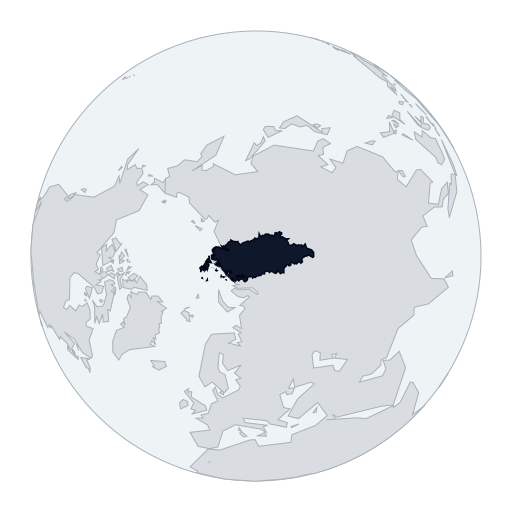 Krasnoyarsk highlighted on a globe, orthographic projection, rotated 258°
{"feature_id": "RUS-2603", "entity_name": "Krasnoyarsk", "entity_type": "Territory", "adm_level": 1, "iso_a3": "RUS", "parent_name": "Russia", "parent_adm1": "", "projection": "orthographic", "projection_center": [95.961, 66.535], "detail": "fine", "context": "on_globe", "style": "filled", "palette": "ink", "viewbox_px": 512, "rotation_deg": 258, "n_neighbors": 0, "source": "natural_earth", "source_scale": "10m", "svg_char_len": 17760}
<svg xmlns="http://www.w3.org/2000/svg" viewBox="0 0 512 512"><g transform="rotate(258 256 256)"><circle cx="256" cy="256" r="225" fill="#eef3f6" stroke="#a8b0b8"/><path d="M333.7,44.5L333.8,44.6L353.9,57.8L344.8,49.1L352.5,53.0L358.8,57.5L355.3,56.1L359.6,62.2L366.5,68.5L367.2,77.9L353.8,84.6L351.6,80.3L348.6,82.6L351.3,88.4L353.8,91.6L347.2,109.7L353.7,132.1L362.8,138.7L355.3,137.9L377.3,150.5L385.4,163.7L371.9,149.2L367.2,148.0L370.5,156.9L366.4,157.7L365.6,162.5L360.4,162.8L352.9,154.6L349.4,154.6L352.0,161.0L348.3,165.5L345.1,156.1L338.4,163.0L324.7,151.2L320.3,127.0L308.4,121.9L292.4,101.1L289.5,103.8L281.6,98.0L275.4,99.1L274.2,95.2L270.2,99.6L272.5,102.9L271.5,106.0L268.1,107.1L265.9,102.2L267.4,100.9L264.9,100.1L265.4,97.2L263.2,99.2L261.0,93.4L258.0,100.7L252.0,97.4L251.9,93.1L258.7,91.5L275.4,78.7L277.5,74.4L273.6,69.6L252.0,64.4L251.5,60.6L245.8,57.0L243.0,59.7L246.4,63.6L239.8,68.2L244.8,72.7L242.8,75.4L245.2,81.1L237.5,82.4L228.8,80.7L226.4,76.1L222.5,75.3L218.9,81.6L208.7,75.3L192.2,75.3L190.3,73.6L197.4,66.3L212.3,61.1L221.5,52.8L208.1,60.5L203.8,56.5L200.0,57.0L195.9,58.7L194.7,61.2L191.7,60.5L203.7,52.3L206.6,52.8L202.8,55.3L209.8,52.9L217.9,47.9L215.1,46.6L230.3,41.2L228.4,40.3L230.7,38.8L232.6,40.6L229.5,37.5L246.9,33.1L243.0,31.2L254.9,32.2L264.0,32.5L274.9,33.1L274.4,32.6L289.3,34.7L302.1,36.2L305.5,36.2L333.7,44.5ZM458.3,165.4L456.8,164.4L456.5,161.9L458.3,165.4ZM456.6,166.1L457.0,165.9L456.9,166.5L456.6,166.1ZM457.1,167.9L456.8,166.6L457.3,168.3L457.1,167.9ZM457.8,170.6L457.3,169.1L457.5,169.3L457.8,170.6ZM458.3,174.3L458.4,175.2L457.8,173.6L458.3,174.3ZM234.2,32.1L238.3,31.8L234.3,32.2L234.2,32.1ZM355.5,93.0L351.8,88.4L350.9,83.1L354.5,86.8L355.5,93.0ZM356.6,103.9L353.7,101.8L357.3,98.9L357.8,101.0L356.6,103.9ZM370.3,143.5L368.0,139.0L371.7,143.2L370.3,143.5ZM366.5,163.2L368.4,164.3L367.2,166.4L366.5,163.2ZM249.2,80.0L247.2,80.5L247.8,79.2L249.2,80.0ZM252.1,82.1L254.2,80.2L255.9,80.9L254.6,82.1L252.1,82.1ZM358.0,168.7L355.4,171.8L356.8,167.2L358.0,168.7ZM249.2,84.3L258.6,82.4L261.6,83.8L259.0,89.4L249.2,84.3ZM353.1,172.8L346.9,180.8L350.8,183.8L336.4,180.0L346.4,174.3L347.5,168.0L349.6,172.2L353.1,172.8ZM274.7,103.6L272.2,100.0L277.5,102.1L274.7,103.6ZM278.4,104.2L296.3,106.6L298.4,112.5L292.0,110.4L297.2,117.6L289.5,119.3L284.8,115.8L285.0,111.5L281.9,115.4L278.4,104.2ZM329.5,176.7L326.9,177.5L328.2,175.1L329.5,176.7ZM271.6,107.4L275.0,107.3L277.0,112.4L270.5,113.6L272.0,111.6L271.6,107.4ZM302.4,118.7L302.8,122.9L296.6,125.4L295.9,127.3L289.5,119.9L302.4,118.7ZM269.7,110.9L267.2,114.2L263.1,112.7L268.3,107.9L269.7,110.9ZM280.3,113.3L281.0,115.8L278.5,114.8L280.3,113.3ZM247.0,109.8L251.0,109.4L252.5,112.0L247.0,109.8ZM266.5,115.5L267.9,116.0L269.0,117.0L266.5,118.8L266.5,115.5ZM285.5,122.2L282.9,122.5L287.9,125.4L283.4,127.5L279.9,122.2L279.6,125.4L278.2,126.1L276.9,121.0L285.5,122.2ZM267.0,123.7L261.0,118.0L253.2,118.1L251.7,115.8L264.6,115.9L267.0,123.7ZM272.9,122.6L268.9,122.7L269.1,119.6L272.0,117.6L272.9,122.6ZM281.7,130.9L289.4,129.0L289.9,130.3L281.7,130.9ZM264.7,124.4L266.2,125.8L264.1,124.8L264.7,124.4ZM276.4,129.6L279.1,128.7L279.6,130.1L276.4,129.6ZM267.0,129.4L265.0,127.5L266.9,126.0L267.0,129.4ZM271.3,130.0L271.3,132.2L268.7,126.6L272.4,129.3L271.3,130.0ZM276.4,131.1L277.6,131.6L275.3,131.2L276.4,131.1ZM261.0,136.3L257.3,129.6L261.4,126.3L264.4,133.2L261.0,136.3ZM44.1,179.4L56.3,153.2L57.6,154.2L63.5,147.8L77.1,169.0L73.7,180.4L77.3,211.7L76.6,216.9L69.3,219.2L66.5,251.3L73.7,254.0L77.9,279.1L85.1,292.5L99.8,285.9L88.1,263.7L92.8,254.1L107.6,267.0L118.9,286.6L121.1,283.5L119.6,266.6L128.0,266.8L119.8,260.4L118.8,266.2L113.7,262.5L114.2,257.0L117.2,257.2L115.4,250.4L101.9,251.6L99.4,257.6L91.3,243.3L86.5,252.0L82.2,250.1L88.8,234.7L92.6,232.5L100.0,209.8L95.3,210.7L87.9,232.4L87.6,227.6L81.2,229.5L85.9,224.3L95.2,200.8L91.6,187.2L77.1,179.0L77.2,170.5L81.8,159.8L97.2,154.8L95.3,174.7L100.8,173.6L109.8,163.6L108.5,170.7L111.9,169.2L112.0,176.5L120.7,181.6L122.2,188.5L133.8,185.7L136.1,189.0L128.6,189.6L124.1,194.0L128.7,211.5L132.0,213.5L139.1,210.4L139.5,215.8L145.9,210.6L152.5,218.9L149.8,204.5L158.1,201.0L166.6,203.6L168.9,199.9L155.1,195.7L150.0,196.5L146.4,201.1L132.2,201.4L128.9,196.5L141.9,186.8L138.6,178.9L150.2,175.2L180.3,188.1L188.7,196.3L185.3,218.7L178.7,219.1L176.5,211.1L170.9,222.5L175.0,219.6L175.3,224.3L183.4,222.4L184.0,225.6L190.7,218.5L192.3,222.2L188.0,226.7L201.4,227.5L207.0,234.5L209.7,233.2L211.0,229.8L217.3,241.2L219.0,239.7L217.6,235.4L220.2,229.8L227.2,224.4L228.9,228.6L226.7,231.1L224.6,243.0L218.2,249.3L219.7,250.5L225.6,246.0L228.2,231.5L231.8,227.1L231.6,234.0L232.0,231.1L234.4,230.3L238.4,233.5L239.1,226.0L263.0,211.9L273.2,217.0L270.3,224.5L288.8,220.1L298.9,226.8L297.6,222.7L305.6,218.2L302.6,216.0L302.6,213.7L321.8,202.0L327.7,202.7L334.5,193.6L333.9,191.6L329.9,190.5L336.4,180.0L350.8,183.8L351.5,188.1L360.0,187.8L360.5,197.9L364.9,206.3L360.5,218.0L364.4,223.9L367.3,223.1L374.6,230.7L379.8,249.6L362.9,237.7L352.6,211.3L355.7,222.2L351.2,220.8L350.0,225.5L352.5,233.3L355.1,233.4L339.7,252.6L338.2,275.3L347.5,270.3L354.3,273.9L360.7,296.8L346.7,334.0L355.6,340.3L356.8,346.1L350.4,352.2L348.5,344.0L341.3,343.2L341.2,337.8L330.4,345.3L329.7,337.9L321.6,347.7L325.7,352.5L335.5,348.4L328.7,360.4L339.9,367.0L342.2,377.6L326.8,400.4L309.7,409.3L308.8,412.4L301.5,410.2L292.5,417.3L306.7,430.7L306.5,434.9L291.6,444.3L291.2,441.5L271.8,435.7L268.7,445.2L283.3,451.5L288.4,458.4L277.3,457.2L272.1,450.7L265.3,448.4L266.8,440.5L260.5,427.5L249.3,429.7L249.9,424.2L239.5,411.2L223.3,413.0L197.6,422.8L194.5,435.2L185.5,437.7L173.4,414.9L172.9,400.1L165.4,398.3L155.5,379.8L129.5,362.6L128.6,357.0L123.1,355.1L116.6,344.5L116.2,335.4L111.0,331.0L112.6,354.9L118.5,359.6L127.4,358.7L126.4,365.4L133.0,376.3L115.7,379.1L81.7,359.2L83.0,348.3L81.6,301.3L84.3,299.3L84.4,298.9L84.7,298.1L79.7,300.2L81.1,291.2L76.8,320.8L74.0,329.8L81.1,359.2L79.3,358.8L83.0,366.7L100.6,380.6L99.7,383.3L88.5,386.7L68.2,376.2L73.6,387.8L75.2,390.4L65.9,376.9L57.6,362.7L50.4,348.0L44.2,332.7L39.2,317.1L35.3,301.1L32.6,284.9L31.1,268.6L31.0,268.0L31.5,265.0L31.7,257.7L31.3,249.1L32.2,240.3L32.4,234.5L35.9,208.2L44.1,179.4ZM65.1,167.0L62.9,168.1L65.1,167.0ZM125.9,313.5L135.8,324.0L139.7,311.5L143.9,314.6L143.7,309.3L140.0,310.5L140.7,296.8L148.0,298.8L151.1,294.0L147.9,290.3L134.4,289.0L133.2,308.4L127.4,309.4L125.9,313.5ZM235.9,31.7L232.8,32.0L233.5,31.9L235.9,31.7ZM231.3,32.4L232.5,32.3L234.2,32.3L231.3,32.4ZM203.1,57.0L202.1,57.7L197.8,59.0L199.5,57.6L203.1,57.0ZM180.8,70.6L176.4,69.1L180.7,69.0L182.2,66.6L193.1,63.5L190.0,72.6L189.5,68.9L180.8,70.6ZM206.7,62.3L200.2,63.0L207.5,61.9L206.7,62.3ZM130.8,154.8L128.0,158.8L123.9,158.5L122.1,150.4L128.1,150.7L130.8,154.8ZM125.1,164.6L138.5,157.7L140.2,162.6L137.0,161.0L136.7,165.0L131.5,163.4L120.0,175.3L115.5,175.8L114.7,160.2L117.4,164.9L119.9,160.5L125.1,164.6ZM169.9,133.5L175.7,131.3L171.7,144.9L166.7,145.5L164.6,137.3L169.3,131.8L169.9,133.5ZM242.7,94.8L245.2,93.6L245.8,94.8L244.2,97.0L242.7,94.8ZM248.8,109.4L232.5,102.0L234.5,100.0L222.6,98.3L223.2,92.7L231.0,93.9L222.5,88.5L229.8,87.4L223.5,84.3L240.6,87.7L246.8,86.7L239.6,89.9L238.8,95.0L240.3,97.0L249.2,101.8L262.1,102.4L263.4,107.9L260.9,111.6L258.0,112.2L258.0,108.4L254.1,112.1L252.0,107.1L248.8,109.4ZM230.5,155.2L231.9,149.9L223.6,157.6L221.5,152.2L220.6,153.4L216.4,150.6L209.8,149.4L209.8,146.6L207.3,147.3L204.4,145.6L200.9,145.7L199.7,140.8L195.3,140.7L197.2,138.5L190.0,139.5L194.8,136.6L191.6,134.2L188.6,138.3L190.7,112.9L187.9,105.0L182.8,100.1L191.9,96.0L202.4,98.1L212.2,104.0L213.7,112.4L217.5,109.2L219.4,112.3L215.6,113.5L222.5,113.5L223.0,116.5L231.8,122.5L241.5,121.0L244.9,123.3L241.4,125.3L247.3,126.2L243.0,131.7L245.3,133.5L243.4,140.9L235.2,144.1L238.5,145.9L237.2,151.8L230.5,155.2ZM260.2,138.3L250.8,143.0L245.1,142.5L250.8,129.9L249.3,127.4L252.7,119.6L261.0,120.7L259.3,122.8L259.5,125.1L256.8,123.8L259.1,126.6L256.8,129.6L257.9,132.6L254.6,133.3L260.2,138.3ZM80.0,219.3L80.2,222.8L81.5,227.4L77.5,228.8L80.0,219.3ZM86.0,203.2L86.8,205.7L81.7,209.7L81.5,206.2L86.0,203.2ZM91.6,203.9L87.2,205.5L89.4,202.6L91.6,203.9ZM129.8,191.8L131.2,194.4L129.6,195.7L126.9,195.4L129.8,191.8ZM205.6,177.8L207.2,174.6L208.7,175.0L215.7,170.7L217.8,174.5L214.4,178.6L205.6,177.8ZM95.3,284.1L90.7,282.4L90.8,279.3L92.3,280.5L95.3,284.1ZM81.8,254.8L82.8,263.0L80.7,255.1L81.8,254.8ZM209.1,181.2L211.7,179.0L211.1,182.3L209.1,181.2ZM219.7,177.1L219.8,180.7L218.9,174.4L219.7,177.1ZM89.4,407.6L93.3,411.8L95.5,413.1L101.0,419.4L100.9,419.3L89.4,407.6ZM342.8,458.5L349.1,456.3L348.8,456.6L342.8,458.5ZM336.3,459.9L343.6,457.4L334.9,460.9L336.3,459.9ZM346.4,456.3L353.8,452.8L357.1,451.0L356.4,451.9L346.4,456.3ZM331.3,461.5L303.6,468.2L292.6,469.1L295.3,467.6L313.2,464.6L331.3,461.5ZM294.4,467.7L277.3,465.9L253.4,453.1L262.0,453.5L286.9,460.5L285.3,462.0L295.6,463.9L294.4,467.7ZM335.2,451.7L333.6,455.8L318.4,459.6L311.4,460.6L306.6,456.7L309.3,453.5L315.1,452.4L336.8,436.5L344.4,436.6L337.9,443.1L344.1,444.7L335.2,451.7ZM195.5,436.6L200.6,444.8L195.7,444.6L195.5,436.6ZM345.1,425.5L336.6,433.5L344.2,424.0L345.1,425.5ZM349.4,417.0L350.1,419.6L346.4,418.2L349.4,417.0ZM309.0,416.9L302.9,418.7L302.6,416.5L310.1,412.8L309.0,416.9ZM343.8,386.3L344.5,393.6L343.6,396.4L340.5,393.0L343.8,386.3ZM231.0,212.4L218.9,214.0L211.7,218.1L209.8,224.8L207.2,216.2L218.5,209.9L231.0,212.4ZM258.9,211.4L260.4,205.8L263.2,207.9L263.2,209.5L258.9,211.4ZM257.4,208.3L252.9,202.1L256.0,198.8L258.9,204.3L257.4,208.3ZM230.5,191.3L226.8,191.5L227.3,188.7L230.5,191.3ZM319.8,472.1L345.3,462.7L364.3,452.0L376.6,445.3L387.2,436.5L399.3,428.1L394.5,433.2L404.6,425.3L392.0,435.6L378.7,444.9L364.7,453.3L350.2,460.6L335.2,466.9L319.8,472.1ZM406.6,423.5L416.7,412.3L419.4,411.1L406.6,423.5ZM358.4,452.3L367.4,446.2L372.0,443.6L358.4,452.3ZM457.0,357.8L455.1,361.4L455.4,360.6L457.0,357.8ZM457.4,356.7L458.1,355.5L457.4,356.7ZM454.0,362.4L456.2,359.0L453.7,363.0L454.0,362.4ZM452.5,365.0L450.8,367.5L450.9,367.1L452.5,365.0ZM429.9,395.6L436.8,389.8L430.6,397.2L424.0,402.9L417.7,410.5L404.1,421.9L407.6,418.0L406.0,417.4L391.3,427.0L388.3,427.3L393.8,422.8L383.8,427.6L394.8,420.0L399.0,420.5L405.2,413.4L415.2,405.9L424.7,398.3L431.8,392.9L429.9,395.6ZM394.4,427.2L396.2,425.9L394.5,427.9L394.4,427.2ZM447.4,371.4L449.9,368.7L449.6,369.5L448.3,371.3L447.4,371.4ZM433.5,390.6L441.3,379.0L443.1,376.8L437.8,385.8L433.5,390.6ZM439.7,379.6L443.1,375.6L444.7,374.7L444.0,376.0L439.7,379.6ZM372.0,437.7L371.5,438.8L368.6,439.6L372.0,437.7ZM375.8,435.1L384.5,431.2L375.0,436.4L375.8,435.1ZM348.4,444.1L351.1,445.5L359.6,440.5L353.1,445.3L358.7,446.5L356.6,448.6L351.1,447.2L348.9,451.9L345.1,453.2L343.2,450.7L347.1,444.7L350.9,441.3L366.1,434.0L348.4,444.1ZM375.8,432.4L373.5,430.7L375.2,427.8L377.8,428.0L375.8,432.4ZM366.2,426.4L359.6,425.1L353.8,429.1L365.2,418.1L369.7,421.3L366.2,426.4ZM360.1,419.5L354.8,423.3L360.1,417.3L360.1,419.5ZM353.3,422.3L352.4,419.4L356.7,418.1L353.3,422.3ZM363.0,418.4L363.5,412.5L366.0,414.8L363.0,418.4ZM349.8,412.6L359.6,414.4L347.3,416.8L345.5,405.5L350.6,403.3L349.8,412.6ZM370.2,346.3L368.2,342.6L372.5,339.2L372.7,342.7L370.2,346.3ZM384.6,325.3L373.0,337.0L363.3,346.5L367.0,346.9L366.0,355.3L359.8,350.9L365.6,339.1L373.2,333.2L373.0,326.1L377.8,318.3L374.7,310.7L376.4,305.6L381.5,310.8L384.6,325.3ZM373.1,307.7L369.5,292.5L378.2,289.4L380.9,292.1L378.9,300.3L374.4,301.4L373.1,307.7ZM371.2,288.0L366.8,289.0L352.4,270.3L351.5,265.7L367.1,277.9L363.8,279.5L365.8,284.7L371.2,288.0ZM328.4,179.6L327.0,177.7L329.6,178.3L328.4,179.6ZM300.7,212.7L301.1,209.7L304.1,210.3L300.7,212.7ZM303.9,201.9L300.3,203.2L303.4,200.0L303.9,201.9ZM292.3,206.5L298.5,202.8L293.6,208.9L292.3,206.5Z" fill="#d9dde1" stroke="#a8b0b8" stroke-width="1"/><path d="M235.5,230.2L236.7,230.6L238.6,233.7L240.5,234.0L240.0,235.2L238.9,235.5L238.6,237.4L238.0,238.2L238.0,239.6L238.1,238.2L239.4,236.7L239.5,237.7L238.4,239.8L239.0,240.3L238.9,239.3L240.1,239.0L239.8,236.3L240.8,234.5L239.5,232.4L239.7,231.6L238.2,230.2L238.8,228.6L238.3,227.7L238.7,227.6L238.5,227.1L239.0,226.3L246.3,226.5L244.7,227.8L244.6,228.4L245.5,229.9L244.7,228.0L246.3,227.6L247.0,226.6L245.4,224.5L246.8,224.7L246.1,224.0L246.4,223.8L245.4,223.4L245.9,222.7L246.6,223.7L246.5,223.3L247.3,222.5L247.1,222.3L247.7,222.2L247.0,221.6L247.9,221.9L249.4,220.5L249.8,220.8L250.1,220.3L251.7,220.2L251.9,219.8L252.5,219.9L253.7,219.5L254.3,219.1L253.0,219.0L254.1,218.7L253.9,218.4L256.7,219.1L256.5,219.4L258.7,217.9L259.6,218.7L259.5,219.7L259.7,218.4L258.6,217.0L261.8,217.2L260.5,216.6L260.7,215.8L260.4,215.4L262.1,212.2L263.3,211.8L264.8,212.9L263.2,214.3L266.2,214.4L265.5,216.2L269.5,214.4L270.7,215.2L270.5,215.8L271.4,215.6L271.3,216.0L271.7,216.3L271.5,216.7L271.9,215.7L272.6,217.2L272.9,217.1L273.0,218.3L272.9,217.9L272.4,217.9L271.7,217.4L271.5,217.5L273.3,218.8L272.2,222.1L270.3,223.9L270.8,223.9L269.3,226.9L268.3,227.1L266.6,230.7L268.8,230.0L267.6,229.3L272.3,226.0L272.6,226.2L271.8,227.3L272.9,228.4L272.9,229.5L273.9,230.4L273.8,230.9L275.1,231.6L275.8,234.3L276.9,234.7L274.3,237.8L274.6,238.6L273.6,239.7L274.0,240.3L273.9,241.4L272.6,241.3L270.0,243.5L271.4,245.5L272.3,251.4L270.6,253.0L271.8,253.7L272.0,256.0L272.7,256.7L272.8,258.0L273.8,258.5L272.6,260.6L273.0,261.2L272.4,262.4L277.1,263.7L274.4,264.4L274.4,266.4L274.9,266.8L274.0,268.2L275.5,269.8L274.9,271.2L275.2,272.1L272.6,275.2L273.1,275.8L272.2,277.2L272.8,278.9L274.5,279.3L274.7,280.8L273.5,281.6L274.9,283.8L273.3,285.9L272.1,285.6L270.8,283.7L269.2,284.1L269.3,285.9L266.7,288.5L266.1,291.4L264.5,288.9L262.3,290.4L260.1,290.1L259.0,293.1L260.2,295.5L257.8,298.1L258.1,299.8L257.4,301.0L257.4,302.9L255.3,303.6L257.6,306.6L253.1,307.2L250.5,311.6L247.6,313.1L243.6,312.4L242.8,311.3L246.3,307.3L245.5,306.4L245.6,304.3L244.6,301.4L243.1,299.9L240.8,300.3L239.6,298.4L241.7,297.0L239.9,293.9L240.5,293.5L240.2,291.9L242.2,290.1L242.3,289.0L239.8,288.0L239.5,286.4L241.6,284.6L241.3,283.5L239.9,283.5L238.6,280.9L233.7,279.7L234.4,278.3L233.7,276.2L237.3,274.4L235.2,272.7L235.0,271.2L237.4,268.6L238.0,267.0L237.0,265.9L238.9,264.3L239.1,261.6L236.7,260.6L237.4,258.3L236.1,256.8L236.0,255.8L236.4,255.4L236.0,254.2L236.4,252.9L235.2,250.9L235.8,249.9L235.2,248.2L236.1,248.3L236.9,247.0L236.8,245.9L237.7,245.7L237.1,245.0L237.3,243.6L236.5,243.3L236.5,242.3L235.3,243.0L234.0,242.1L233.2,240.4L233.2,239.7L234.1,238.9L236.2,238.4L236.4,237.4L236.6,235.8L235.2,234.0L237.1,232.6L235.5,230.2ZM258.9,207.1L257.1,208.1L255.2,207.1L254.8,205.5L254.4,205.6L254.5,205.0L254.0,205.6L253.8,205.2L255.1,204.2L254.8,203.9L255.3,203.1L257.1,202.9L257.4,203.3L256.9,204.7L257.8,203.3L258.8,204.1L258.7,206.1L258.2,206.2L258.9,207.1ZM255.9,198.6L257.3,200.8L256.7,201.0L257.0,202.3L256.8,202.6L255.0,203.0L254.5,203.5L253.4,202.8L254.2,202.3L253.0,202.3L253.8,202.0L253.3,201.7L253.9,201.5L254.3,200.5L253.8,200.5L254.2,199.7L255.8,198.9L255.5,198.7L255.9,198.6ZM263.3,208.4L263.0,209.4L258.7,211.0L259.4,208.2L260.0,208.1L259.7,208.0L259.7,207.3L259.8,207.1L260.2,207.3L260.2,207.2L259.7,207.0L259.8,206.4L260.6,205.5L261.2,205.9L260.9,207.8L261.6,206.4L263.3,208.4ZM252.5,203.2L254.5,203.9L254.0,204.6L253.2,204.7L253.5,204.5L252.5,203.2ZM272.7,224.5L271.1,226.4L270.7,225.9L271.1,225.0L272.7,224.5ZM237.2,229.1L236.9,229.2L236.2,228.5L237.1,227.7L237.2,229.1ZM253.3,199.0L253.1,199.4L252.3,198.9L252.5,198.7L253.3,199.0ZM245.8,198.5L246.5,198.8L245.5,198.9L245.8,198.5ZM243.1,203.5L242.4,203.4L242.5,203.2L242.2,203.0L242.2,202.7L243.1,203.5ZM256.6,217.9L256.4,218.5L255.3,218.1L255.4,217.8L256.6,217.9ZM256.5,214.3L256.2,215.1L255.4,215.1L255.5,214.9L256.5,214.3ZM242.6,219.3L242.1,220.6L241.8,219.8L242.6,219.3ZM265.4,209.8L265.3,210.2L264.4,210.0L265.1,209.7L265.4,209.8ZM250.3,213.6L250.7,214.0L250.1,213.9L250.3,213.6ZM239.1,239.2L239.9,237.9L239.5,239.0L239.1,239.2ZM246.9,222.2L246.5,222.5L246.7,222.9L246.1,222.4L246.9,222.2ZM270.4,214.8L270.7,214.5L271.1,214.9L271.1,215.2L270.4,214.8ZM264.6,209.3L264.2,209.8L264.0,209.7L264.6,209.3ZM242.4,224.7L242.8,225.1L242.0,224.9L242.4,224.7ZM250.0,214.2L249.8,214.8L249.6,214.4L249.7,214.2L250.0,214.2ZM245.4,223.6L245.8,223.9L245.2,224.0L245.4,223.6ZM244.9,223.5L245.2,223.8L244.7,223.7L244.9,223.5ZM244.0,217.9L243.6,218.0L243.1,217.6L243.5,217.6L244.0,217.9ZM265.8,212.8L266.1,213.1L265.7,213.3L265.8,212.8ZM256.2,216.2L256.3,216.5L255.9,216.6L256.2,216.2ZM241.6,224.6L241.9,224.8L241.5,224.7L241.6,224.6ZM256.7,218.8L257.3,218.5L256.7,219.0L256.7,218.8ZM257.0,217.8L257.0,218.0L256.8,218.3L256.7,218.1L256.8,217.6L257.0,217.8ZM238.9,221.9L238.9,222.5L238.7,222.0L238.9,221.9ZM245.4,223.0L244.8,222.8L245.3,222.7L245.4,223.0ZM244.4,223.7L244.0,223.9L244.2,224.1L243.9,223.8L244.4,223.7ZM243.6,225.4L243.6,225.7L243.0,225.4L243.6,225.4ZM254.9,218.1L255.0,218.2L254.5,218.1L254.9,218.1ZM245.6,227.3L245.9,227.5L245.4,227.5L245.6,227.3ZM265.3,212.5L265.2,212.8L265.1,212.5L265.3,212.5ZM255.2,216.2L255.4,216.4L255.0,216.4L255.2,216.2ZM258.8,204.6L259.1,204.7L258.8,205.0L258.8,204.6ZM253.0,205.7L253.5,205.6L253.3,205.8L253.0,205.7ZM257.3,216.2L257.5,216.6L257.2,216.3L257.3,216.2ZM242.4,217.6L243.0,218.0L242.4,217.6L242.4,217.6ZM255.5,216.2L255.9,216.3L255.6,216.4L255.5,216.2ZM253.9,205.7L253.7,205.8L253.6,205.7L253.9,205.7ZM254.4,210.6L254.1,210.6L254.4,210.6ZM254.9,203.4L254.8,203.6L254.6,203.6L254.9,203.4ZM272.0,215.3L271.7,215.4L272.0,215.3ZM253.2,206.8L253.6,207.0L253.2,206.8L253.2,206.8ZM257.5,215.9L257.4,216.2L257.1,216.0L257.5,215.9ZM252.6,212.5L252.8,212.6L252.6,212.5L252.6,212.5ZM256.4,217.7L256.7,217.6L256.4,217.7ZM254.2,216.5L254.5,216.7L254.1,216.6L254.2,216.5ZM252.6,205.2L252.8,205.5L252.3,205.1L252.6,205.2ZM255.2,218.1L255.3,218.3L255.1,218.3L255.2,218.1ZM264.5,213.4L264.5,213.2L264.7,213.3L264.5,213.4Z" fill="#0f172a" stroke="#020617" stroke-width="1.5"/></g></svg>